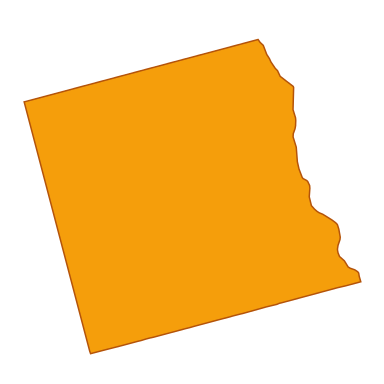 outline of Houston, Minnesota, United States of America, rotated 345°
{"feature_id": "52423323B5787243339085", "entity_name": "Houston", "entity_type": "district", "adm_level": 2, "iso_a3": "USA", "parent_name": "United States of America", "parent_adm1": "Minnesota", "projection": "albers", "projection_center": [-91.368, 43.674], "detail": "fine", "context": "isolated", "style": "filled", "palette": "amber", "viewbox_px": 384, "rotation_deg": 345, "n_neighbors": 0, "source": "geoboundaries", "source_scale": "gbopen_adm2", "svg_char_len": 1222}
<svg xmlns="http://www.w3.org/2000/svg" viewBox="0 0 384 384"><g transform="rotate(345 192 192)"><path d="M309.7,153.1L310.7,149.9L311.2,147.2L310.9,138.6L317.2,117.4L317.1,116.2L312.1,109.7L307.1,103.1L306.0,96.9L304.4,94.1L301.9,86.8L301.3,83.2L299.8,78.5L298.8,68.8L296.5,65.1L295.3,61.8L53.2,61.5L52.0,319.2L52.2,321.9L68.3,322.0L84.6,322.2L91.4,322.2L95.2,322.2L98.7,322.2L101.5,322.2L103.8,322.3L104.4,322.3L104.5,322.3L109.3,322.1L111.9,322.1L113.7,322.1L114.0,322.1L114.9,322.2L117.3,322.3L128.1,322.3L149.9,322.3L155.3,322.4L159.3,322.3L182.7,322.3L196.8,322.4L198.8,322.3L207.3,322.4L209.5,322.5L233.8,322.2L244.9,322.5L247.8,322.1L249.1,322.2L307.7,322.1L316.0,322.4L331.8,322.4L331.7,316.7L332.0,313.4L331.4,311.9L329.1,309.3L325.0,306.5L323.4,304.8L321.4,298.0L317.8,292.5L317.3,288.5L317.5,285.8L317.8,284.6L319.2,281.4L322.6,276.3L323.5,274.0L324.2,265.9L324.0,261.3L323.5,260.0L322.5,258.5L320.0,255.3L312.5,247.3L309.5,245.0L307.7,243.0L305.8,240.1L303.8,236.1L304.0,227.0L306.8,218.9L307.3,216.2L306.5,211.8L305.8,210.6L302.7,207.7L302.2,206.3L301.3,197.5L301.6,190.0L304.3,175.7L303.9,165.0L304.9,161.9L307.8,157.7L309.2,154.8L309.7,153.1Z" fill="#f59e0b" stroke="#b45309" stroke-width="1.5"/></g></svg>